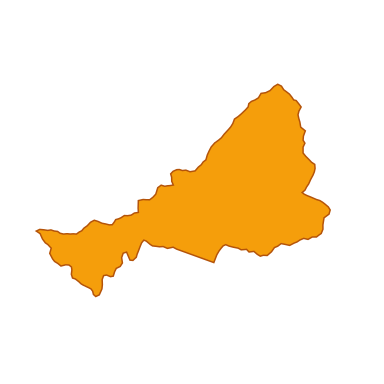 the district of Presidente Alves, São Paulo, Brazil, rotated 197°
{"feature_id": "56859067B62232848878752", "entity_name": "Presidente Alves", "entity_type": "district", "adm_level": 2, "iso_a3": "BRA", "parent_name": "Brazil", "parent_adm1": "São Paulo", "projection": "natural_earth1", "projection_center": [-49.409, -22.123], "detail": "fine", "context": "isolated", "style": "filled", "palette": "amber", "viewbox_px": 384, "rotation_deg": 197, "n_neighbors": 0, "source": "geoboundaries", "source_scale": "gbopen_adm2", "svg_char_len": 2746}
<svg xmlns="http://www.w3.org/2000/svg" viewBox="0 0 384 384"><g transform="rotate(197 192 192)"><path d="M329.5,109.1L325.1,107.8L321.2,103.3L317.4,100.5L314.5,99.6L310.2,97.1L310.1,91.7L305.7,87.2L303.1,85.4L299.3,84.4L295.7,82.9L291.4,85.5L288.3,86.2L285.4,85.1L284.1,82.4L283.3,78.0L281.1,74.8L278.1,74.7L273.9,73.1L271.4,71.8L268.6,71.1L262.9,70.3L260.3,69.8L258.0,68.1L256.3,65.2L253.5,63.9L250.6,66.5L249.8,73.0L250.6,77.1L252.3,82.0L252.1,86.2L249.4,87.6L245.2,87.2L242.7,88.5L242.7,93.1L242.1,96.8L238.9,99.8L237.8,103.8L240.1,108.7L239.9,113.4L237.0,115.4L231.4,108.7L228.5,109.3L226.2,113.3L226.3,116.4L226.0,119.8L225.7,124.6L225.3,128.7L224.0,131.9L221.4,131.7L216.5,129.6L214.0,128.9L210.3,129.6L207.1,130.1L203.6,131.4L199.0,130.9L193.9,133.7L190.1,132.9L150.5,130.9L149.9,139.2L148.9,143.5L147.7,146.8L146.4,149.7L144.3,151.5L140.8,151.1L136.3,151.3L131.4,151.8L128.1,151.1L125.5,152.1L123.1,153.1L119.9,151.3L115.4,153.3L111.4,151.5L107.9,150.6L105.4,152.3L101.5,153.3L98.5,158.1L96.9,163.0L94.2,165.2L91.7,168.7L88.0,169.1L83.0,169.5L79.4,173.0L76.9,175.0L74.8,177.6L71.6,180.3L67.2,180.6L63.9,184.1L59.8,185.4L58.2,187.7L56.3,190.1L55.9,194.7L57.2,198.8L58.2,205.9L54.5,210.9L54.6,215.2L57.3,217.6L61.5,219.4L64.2,220.4L67.3,221.2L70.8,221.2L75.2,221.7L78.0,222.0L80.8,222.2L84.0,222.7L86.5,223.7L84.5,226.8L83.9,230.3L82.8,233.8L82.2,238.6L81.2,243.6L80.9,247.1L81.2,250.5L82.7,254.3L86.4,255.4L89.9,257.4L93.7,259.4L97.2,261.8L98.9,267.4L98.3,271.7L100.9,274.0L101.8,278.0L101.5,283.6L107.0,285.8L109.3,290.4L111.4,293.6L113.2,296.8L113.4,300.6L112.5,305.2L115.6,307.5L119.1,309.9L121.7,309.8L124.1,311.8L127.4,314.1L131.1,315.5L134.2,316.6L137.4,319.4L141.5,320.1L144.5,316.8L147.0,311.8L150.6,308.5L154.8,306.5L156.0,301.5L158.7,298.4L161.7,296.0L163.5,293.1L163.2,289.8L164.9,286.1L167.9,280.8L170.1,277.4L172.7,274.2L173.0,269.4L174.0,265.6L175.6,262.0L178.1,256.8L179.7,252.5L181.7,249.4L184.6,245.6L186.8,240.7L187.6,236.4L188.2,231.9L188.1,226.8L190.1,224.0L191.1,220.8L193.2,217.7L195.2,213.1L199.8,210.8L204.2,211.1L207.5,209.7L210.6,209.8L213.1,208.9L216.1,206.3L217.7,203.1L215.8,200.2L214.5,196.3L211.9,193.2L214.9,191.7L217.4,190.7L219.7,189.5L223.5,189.5L226.0,186.1L226.0,179.4L227.8,175.6L230.2,172.2L233.6,171.2L236.6,170.5L240.8,168.1L238.8,160.8L237.3,156.8L241.0,155.0L243.4,152.1L246.7,150.5L249.8,149.7L252.4,146.6L254.5,144.8L256.9,143.3L257.6,140.4L258.7,137.4L261.4,136.4L265.1,136.2L269.0,135.8L273.4,136.4L277.2,136.4L280.2,133.4L282.3,129.1L284.8,125.8L286.1,122.7L288.2,120.7L290.2,118.0L293.3,117.3L296.2,116.2L299.2,115.6L302.6,114.2L306.1,114.0L309.0,115.0L312.4,114.4L315.8,114.5L318.7,113.1L322.8,112.5L326.7,111.7L329.5,109.1Z" fill="#f59e0b" stroke="#b45309" stroke-width="1.5"/></g></svg>